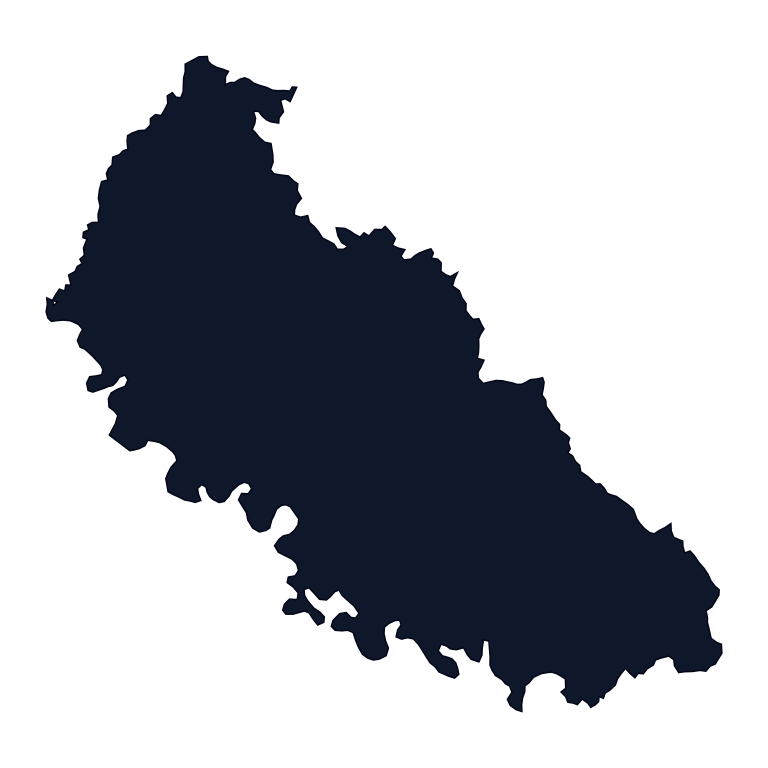 the district of Otacílio Costa, Santa Catarina, Brazil
{"feature_id": "56859067B66528087986219", "entity_name": "Otacílio Costa", "entity_type": "district", "adm_level": 2, "iso_a3": "BRA", "parent_name": "Brazil", "parent_adm1": "Santa Catarina", "projection": "orthographic", "projection_center": [-49.975, -27.498], "detail": "fine", "context": "isolated", "style": "filled", "palette": "ink", "viewbox_px": 768, "rotation_deg": 0, "n_neighbors": 0, "source": "geoboundaries", "source_scale": "gbopen_adm2", "svg_char_len": 6053}
<svg xmlns="http://www.w3.org/2000/svg" viewBox="0 0 768 768"><path d="M457.4,272.6L450.4,276.6L445.8,274.8L441.0,271.3L441.2,262.8L437.7,259.1L431.3,258.1L433.4,253.0L430.9,248.8L426.1,250.3L419.2,253.0L414.8,255.7L411.1,259.1L404.0,259.9L400.9,256.2L404.9,249.6L398.6,248.2L392.3,245.3L395.3,238.6L390.2,231.8L385.1,226.4L381.8,229.6L374.8,229.4L368.9,236.0L364.0,232.8L360.0,237.1L354.6,234.2L350.4,231.3L345.0,228.4L336.2,227.8L337.9,235.7L341.7,242.6L348.0,246.6L343.5,249.3L337.3,249.3L333.9,244.0L328.0,240.8L322.6,238.1L318.3,231.5L314.1,226.5L309.5,222.5L307.7,215.6L300.5,217.2L294.3,215.1L294.6,209.6L296.6,204.2L301.4,198.4L297.2,190.5L297.8,183.9L293.8,181.1L288.4,175.9L280.9,175.0L273.8,173.8L270.5,169.5L273.1,162.1L272.8,154.6L271.0,143.5L264.7,142.2L259.0,137.2L255.4,132.6L252.2,129.4L254.7,123.7L255.6,118.4L253.5,111.2L258.8,111.5L262.3,116.2L266.7,119.9L270.7,121.8L278.7,123.1L279.1,117.8L283.5,111.8L280.6,100.3L285.1,98.7L290.1,101.6L296.7,87.3L292.3,87.0L289.8,91.0L283.4,90.5L277.8,90.7L272.6,90.2L266.3,87.3L259.7,85.4L253.5,83.1L249.3,79.6L244.5,77.8L239.6,79.3L234.6,82.5L230.2,82.5L225.4,84.7L225.4,76.7L228.5,71.4L222.9,69.2L216.7,67.4L211.4,64.5L208.1,61.3L207.3,56.5L198.9,56.8L185.2,64.1L185.2,71.7L183.6,78.1L183.1,91.9L180.7,97.7L176.0,97.2L172.3,92.6L167.2,95.9L167.8,103.3L164.5,109.9L161.2,115.5L155.3,114.6L150.4,118.7L150.4,125.0L145.3,130.2L138.8,130.6L132.2,133.0L127.6,135.6L127.1,141.2L127.8,149.2L123.1,150.8L119.5,154.6L112.7,157.2L112.1,165.1L108.5,168.6L106.4,173.3L107.8,180.0L101.6,181.6L99.4,190.1L98.4,198.5L100.1,206.2L98.0,214.7L98.5,222.4L92.2,222.4L87.6,224.9L88.8,229.8L83.4,232.2L82.9,237.6L87.0,239.1L83.5,247.9L84.3,255.3L79.9,259.1L82.0,263.6L77.3,266.4L75.0,271.5L68.6,275.0L71.0,285.0L65.8,285.0L64.8,291.1L59.4,289.1L55.5,294.9L52.4,300.4L46.8,297.9L47.3,304.5L46.1,311.9L48.0,318.2L51.3,321.4L56.7,320.6L63.8,320.1L70.3,320.8L74.3,322.4L78.6,324.6L82.6,329.3L80.0,334.1L77.4,340.4L80.1,347.1L85.0,349.2L92.7,356.3L101.0,365.4L102.9,369.8L101.7,374.7L96.3,375.9L89.7,376.7L86.6,383.1L88.1,390.5L92.8,392.1L104.3,388.2L108.3,386.5L112.7,385.5L116.6,381.6L119.4,377.2L125.0,375.1L127.9,379.9L125.2,386.2L117.0,389.5L111.2,392.9L108.4,398.7L109.0,407.0L113.8,410.7L117.8,415.4L115.4,423.7L109.3,435.1L129.8,450.7L134.4,449.9L139.4,448.5L145.1,445.6L147.7,440.3L154.8,441.4L159.4,442.5L166.7,446.7L172.6,451.7L175.4,455.4L176.9,460.7L170.9,467.4L167.7,473.7L165.8,478.7L168.1,491.7L172.7,494.3L179.0,497.1L184.4,499.9L190.1,501.0L195.2,502.4L200.8,500.5L198.5,494.4L197.5,488.5L201.8,484.5L206.0,487.2L207.2,492.2L209.6,496.5L212.9,499.4L219.1,502.5L224.2,501.5L229.3,495.7L231.6,491.2L238.7,484.8L244.3,482.2L248.8,483.7L251.6,488.8L248.3,493.7L241.6,493.5L238.5,499.9L246.5,512.9L247.8,520.0L252.6,528.0L259.4,532.0L266.0,530.4L269.7,527.9L271.6,520.3L273.9,515.7L276.6,509.2L281.2,505.5L285.7,504.7L290.2,506.7L298.8,518.9L298.0,525.0L294.4,530.3L289.7,534.3L283.3,535.9L279.1,539.2L274.5,545.8L278.4,552.3L292.1,559.2L296.7,563.8L298.5,570.4L295.2,575.8L288.3,577.1L287.2,582.6L293.1,586.9L298.2,592.9L297.2,599.6L289.5,599.1L284.4,604.3L282.7,610.2L285.9,614.2L293.0,614.2L304.5,611.0L309.2,613.1L313.5,619.7L317.7,625.0L323.8,622.3L324.3,616.9L319.8,612.0L314.1,608.3L310.4,604.1L307.2,600.1L304.5,595.3L304.1,589.5L309.0,587.8L313.9,593.0L319.5,599.3L326.4,600.0L330.6,596.4L334.8,591.7L339.0,590.0L342.1,595.4L354.1,606.1L359.0,613.3L355.5,618.1L351.0,617.4L346.2,612.5L339.6,613.7L333.0,620.5L331.3,626.4L335.1,630.3L341.7,630.8L347.7,630.3L353.1,632.5L355.8,640.7L358.6,647.5L362.4,654.2L367.7,658.1L373.3,660.0L379.0,659.2L386.1,655.7L388.4,648.1L385.5,640.9L384.0,633.5L384.4,627.2L388.9,623.4L395.2,620.5L399.7,620.3L401.1,625.0L397.6,630.0L396.1,636.9L401.5,639.1L407.5,637.7L413.5,638.9L418.5,644.4L423.1,651.6L426.9,657.9L430.0,662.7L435.3,667.0L438.9,671.9L448.7,676.2L454.6,678.1L458.8,674.3L457.7,668.8L455.8,663.0L452.0,658.9L448.0,657.4L442.3,655.8L438.2,650.8L441.0,644.2L446.5,646.0L450.4,648.9L456.3,649.7L463.6,647.8L467.3,654.7L471.1,659.3L478.9,661.9L481.9,655.2L482.2,648.1L483.5,639.9L488.9,641.2L490.1,656.7L490.0,665.2L492.2,670.4L495.4,675.5L502.1,679.7L505.3,683.7L509.6,686.0L512.0,692.1L507.4,699.4L510.3,705.5L516.2,709.7L521.9,711.5L521.6,704.7L522.5,698.2L524.8,691.4L524.9,685.9L529.1,682.7L533.5,677.3L541.3,673.6L547.7,672.5L552.1,672.2L556.7,673.7L561.3,676.3L565.4,679.0L565.7,688.3L561.0,692.0L565.7,696.7L567.8,702.2L573.2,703.1L577.4,704.7L582.1,699.1L587.8,703.1L590.7,707.3L594.8,705.2L598.6,701.7L599.0,696.5L603.4,698.3L605.1,693.1L609.6,690.4L615.3,685.1L617.6,678.7L621.4,673.3L625.5,668.4L629.8,673.3L634.9,677.7L638.4,673.3L643.2,673.8L647.4,668.7L653.4,665.0L655.5,660.0L661.5,657.9L668.8,656.1L673.8,659.7L674.5,665.8L678.7,672.5L685.0,671.7L692.3,671.5L700.0,670.4L705.9,671.2L710.1,666.2L715.3,664.0L717.9,659.6L721.9,653.3L721.4,644.2L717.0,642.6L711.1,638.4L709.5,631.1L707.4,622.4L707.4,617.2L706.0,610.8L711.9,606.8L718.9,595.1L719.2,589.8L715.0,586.1L711.0,581.0L708.2,574.7L704.0,568.3L698.8,562.4L694.4,555.8L690.1,551.0L684.7,552.9L683.0,546.8L682.6,541.0L678.2,539.3L673.7,537.3L671.2,530.9L670.9,523.5L665.3,527.4L658.7,530.8L654.4,533.8L649.7,532.7L644.1,528.2L639.4,522.9L636.8,518.9L633.3,509.4L628.2,504.9L616.4,496.4L612.1,495.2L607.3,493.4L604.5,488.6L600.2,483.8L595.6,484.1L591.6,480.1L587.3,476.2L580.8,471.8L579.6,465.3L575.5,461.6L572.5,455.9L567.9,452.8L570.2,448.8L568.3,442.7L569.7,438.1L566.2,434.7L559.4,430.0L559.6,424.4L555.6,420.1L550.7,412.5L546.2,406.4L545.7,400.2L542.0,394.9L543.4,387.8L544.1,382.2L542.6,377.7L537.1,379.0L530.5,379.6L525.8,382.4L521.6,384.3L517.1,384.4L511.5,382.7L507.0,381.9L502.7,380.8L496.2,380.5L489.1,382.0L483.2,383.5L478.3,378.1L477.9,372.1L481.1,366.8L484.0,360.2L477.3,358.3L478.5,352.4L478.8,345.3L478.6,339.0L480.4,334.6L484.0,328.9L481.1,323.8L478.8,318.7L472.9,319.3L469.2,315.1L465.9,310.6L466.1,303.6L462.0,297.8L459.3,290.7L452.5,286.0L454.4,279.2L457.4,272.6ZM52.4,300.4L57.3,302.1L53.9,305.5L52.4,300.4Z" fill="#0f172a" stroke="#020617" stroke-width="1.5"/></svg>